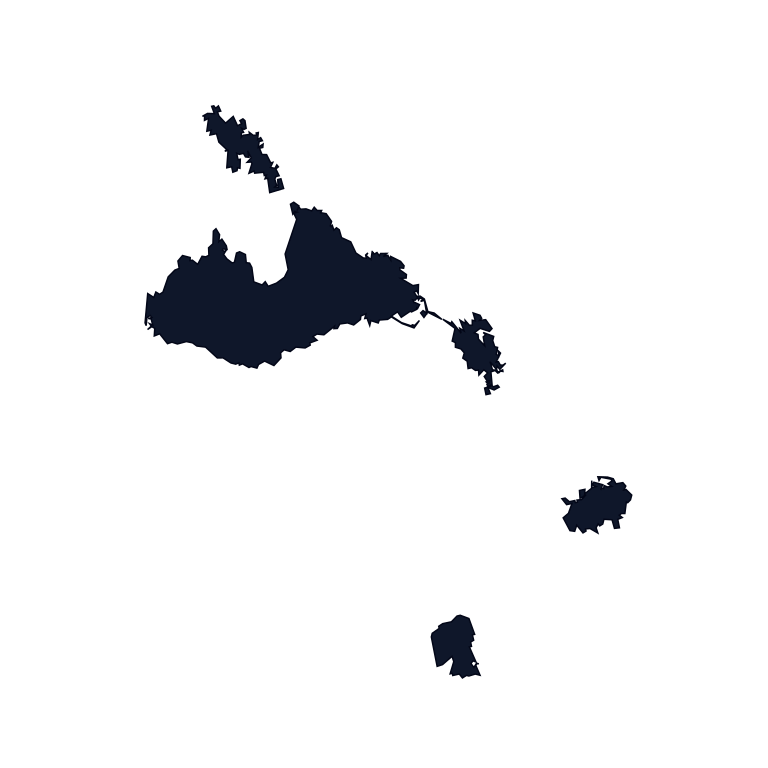 Sandøy nor, Norway, rotated 80°
{"feature_id": "86288312B66077972443640", "entity_name": "Sandøy nor", "entity_type": "district", "adm_level": 2, "iso_a3": "NOR", "parent_name": "Norway", "parent_adm1": "", "projection": "albers", "projection_center": [6.483, 62.776], "detail": "fine", "context": "isolated", "style": "filled", "palette": "ink", "viewbox_px": 768, "rotation_deg": 80, "n_neighbors": 0, "source": "geoboundaries", "source_scale": "gbopen_adm2", "svg_char_len": 6157}
<svg xmlns="http://www.w3.org/2000/svg" viewBox="0 0 768 768"><g transform="rotate(80 384 384)"><path d="M320.9,328.4L330.4,315.8L322.8,322.3L320.3,328.2L307.3,329.5L303.7,333.2L303.3,336.6L298.8,338.4L297.9,335.7L300.8,334.6L292.1,332.8L292.1,338.5L282.8,349.3L283.5,343.8L280.1,342.9L274.3,348.6L272.3,348.3L273.4,344.6L271.1,343.7L266.1,346.4L259.6,355.2L263.1,355.8L257.9,357.9L258.4,362.6L255.9,358.5L254.9,364.7L256.8,366.4L253.3,368.1L254.5,371.4L252.9,371.7L253.7,373.3L250.8,372.4L259.2,375.2L254.4,379.3L252.1,377.1L253.8,379.7L257.1,379.5L256.3,382.5L250.1,388.9L238.2,392.1L232.5,400.4L224.3,401.3L221.9,403.7L223.8,406.6L218.8,407.4L219.9,408.8L219.0,409.4L214.8,407.4L206.2,411.4L204.3,416.7L202.3,415.3L201.5,419.7L197.8,422.0L201.0,425.1L198.0,430.3L197.4,435.8L195.0,437.0L198.1,439.6L193.9,436.8L189.3,441.3L190.7,444.9L200.8,444.3L198.4,441.9L199.7,439.6L200.2,443.2L206.7,441.4L238.8,458.8L254.8,458.5L261.6,463.5L266.0,472.4L267.7,481.1L262.6,483.2L265.3,486.8L260.8,494.5L246.3,493.9L241.6,495.4L240.6,498.6L232.4,498.0L228.7,503.2L229.4,506.5L238.2,510.2L238.4,512.5L233.5,517.0L228.5,519.5L224.5,515.8L225.8,518.1L224.2,519.9L223.0,519.1L224.2,515.2L220.5,515.3L213.2,518.5L215.2,522.0L208.4,520.0L201.9,522.5L203.8,525.5L216.2,528.1L219.4,533.1L226.9,534.1L227.8,537.5L226.6,541.0L233.8,546.7L228.8,551.2L228.8,553.6L225.8,552.9L222.5,560.1L227.1,565.6L234.6,565.6L235.5,570.2L241.0,577.9L255.1,585.7L256.7,589.4L253.8,592.7L258.8,595.7L253.9,601.0L282.3,608.7L285.2,608.1L277.5,605.9L275.9,602.4L278.2,601.0L278.6,604.8L279.5,602.0L285.8,601.5L283.9,604.4L286.6,603.1L289.3,607.4L287.2,602.7L289.4,600.1L296.8,601.9L295.6,596.2L306.7,590.2L306.0,585.6L308.7,580.5L307.9,571.3L310.2,565.4L314.1,561.7L316.7,553.3L329.4,543.6L330.3,538.0L336.7,531.1L338.7,526.6L338.0,523.2L340.3,523.2L339.6,519.8L344.3,514.1L343.7,511.9L346.3,506.4L343.0,504.2L340.7,497.6L346.7,489.2L340.4,480.9L335.3,480.4L333.0,476.4L335.7,470.7L332.4,464.4L334.8,455.4L332.9,449.9L330.7,450.0L329.3,442.3L325.0,445.8L323.2,441.4L325.1,434.6L318.5,422.7L320.8,423.7L321.2,420.3L317.2,417.1L317.5,409.3L320.6,403.6L316.4,396.0L313.0,395.0L311.7,389.5L316.2,391.6L316.1,389.3L323.9,387.9L319.3,385.9L322.9,379.1L320.2,377.5L321.0,369.2L319.2,365.1L327.7,355.6L334.0,344.7L327.6,338.1L331.6,343.5L330.6,345.9L331.7,346.7L326.6,356.1L318.4,365.0L315.3,358.1L321.3,355.4L316.9,345.5L317.8,344.4L316.3,339.3L314.6,338.5L315.6,337.9L312.0,335.2L308.6,340.1L309.7,340.1L306.0,341.2L306.9,338.9L304.7,335.9L307.2,335.4L305.5,333.9L307.3,330.6L309.0,333.6L308.7,329.7L321.6,329.7L318.5,332.8L320.4,335.6L325.4,333.1L320.9,328.4ZM153.4,453.2L151.8,450.3L149.6,451.5L152.7,454.0L151.0,458.2L146.4,455.0L146.5,457.2L137.7,459.8L136.8,464.3L130.2,465.7L130.0,462.3L126.7,461.4L129.1,466.8L123.5,464.8L123.3,461.5L120.0,462.7L121.3,466.0L114.5,464.1L114.6,466.3L116.8,466.2L116.4,469.6L112.7,473.0L114.9,473.0L114.6,479.6L116.3,481.8L111.9,480.9L111.8,478.6L107.4,479.9L108.9,477.6L108.3,475.4L100.5,475.2L98.4,476.9L99.6,480.2L102.9,479.0L104.2,483.4L94.3,486.0L99.6,494.7L91.5,500.0L87.1,500.8L86.9,497.4L81.4,498.8L83.2,502.0L80.5,503.3L80.6,505.5L88.3,504.1L86.9,510.8L88.8,516.3L88.7,514.1L93.2,515.0L91.9,510.6L104.3,514.6L104.1,510.1L108.6,512.2L108.4,505.5L117.2,504.6L125.9,498.1L127.1,500.3L126.9,497.0L143.8,501.3L143.6,496.3L149.2,496.1L148.4,491.7L145.6,490.7L146.6,488.4L137.7,486.5L137.7,488.8L131.1,489.0L132.7,486.7L132.5,482.3L136.3,481.0L137.3,477.6L130.6,477.9L138.3,475.4L141.9,480.3L142.3,476.3L143.9,475.7L153.0,480.4L151.7,474.9L153.9,474.8L154.6,465.8L158.0,465.7L157.9,463.5L161.3,465.6L161.2,462.8L175.7,463.3L174.0,448.9L164.0,449.9L164.2,453.2L172.0,454.0L171.0,457.4L169.8,455.2L163.2,456.0L160.9,454.4L160.7,451.1L153.4,453.2ZM540.9,161.4L536.4,159.3L529.9,164.0L530.0,166.3L526.5,163.6L522.6,165.9L522.6,172.9L517.1,174.7L514.5,180.0L512.5,189.5L516.4,189.0L513.5,186.6L517.2,176.9L519.1,176.4L521.1,180.8L524.4,177.5L524.2,181.8L522.2,184.9L525.2,185.8L524.4,187.6L526.0,189.0L521.1,186.2L517.2,194.4L519.6,196.2L521.8,193.0L522.2,197.2L515.2,196.2L522.8,197.7L527.0,205.4L522.6,204.4L522.8,210.0L530.6,210.8L528.1,204.2L532.2,209.6L531.8,214.1L534.0,214.0L534.1,216.2L531.9,216.3L532.1,221.9L527.8,225.4L527.9,228.7L534.5,225.1L534.3,219.6L543.4,224.8L546.9,230.8L560.7,226.3L562.2,221.8L556.5,218.7L565.2,213.9L563.9,210.6L561.7,210.7L562.1,206.2L567.9,199.3L562.4,200.1L559.0,197.4L561.2,196.2L559.9,192.9L555.4,190.9L557.3,183.0L566.2,182.1L566.5,177.1L557.9,177.3L556.9,172.5L554.0,175.1L552.8,172.7L553.4,169.3L542.2,165.8L543.2,164.6L540.9,161.4ZM646.3,338.2L629.7,341.1L625.0,349.1L625.2,352.4L629.9,358.9L630.2,367.8L632.1,372.2L634.3,372.1L637.9,379.8L641.3,381.3L671.3,380.7L670.5,375.1L664.0,364.3L669.5,363.5L680.9,369.2L680.8,367.0L683.0,366.9L682.7,360.2L687.1,357.8L685.3,353.4L686.3,351.1L685.5,344.5L687.5,340.0L677.0,342.5L675.5,340.9L676.1,339.2L675.0,341.3L678.7,344.7L674.4,346.9L672.1,344.5L673.7,341.7L657.7,345.6L657.6,343.4L653.2,343.5L651.9,340.2L646.4,340.5L646.3,338.2ZM389.7,267.4L384.6,260.5L386.1,263.5L385.5,266.2L381.8,267.5L381.8,269.7L373.8,263.9L371.4,265.6L376.4,266.1L374.2,268.3L367.7,265.8L366.5,268.5L360.1,269.4L356.2,267.7L350.5,277.3L353.3,275.4L354.8,278.1L363.8,278.2L356.2,283.2L351.5,282.8L349.3,286.3L345.9,279.7L350.5,271.0L348.2,268.0L338.3,272.7L338.0,278.9L336.3,276.4L333.0,277.5L329.5,283.9L337.7,283.1L336.5,286.0L341.4,286.8L341.0,289.7L335.5,293.0L338.7,293.2L334.4,298.0L345.7,295.9L342.3,299.7L347.6,299.1L334.4,306.4L336.0,307.5L330.4,314.9L341.6,304.4L353.6,309.4L355.6,306.5L360.2,307.3L362.8,302.2L367.3,299.5L372.2,301.9L376.0,298.1L383.4,298.5L383.2,294.9L386.5,291.6L386.7,288.5L391.7,289.0L387.3,283.2L391.1,280.0L394.0,284.0L398.7,282.0L399.1,278.5L399.7,283.0L401.2,281.9L400.9,279.4L402.2,282.7L404.3,282.1L403.4,278.9L404.6,278.3L405.5,285.6L412.2,285.4L412.0,280.9L405.4,282.3L409.0,276.6L407.1,271.1L405.0,272.3L405.7,276.7L404.7,277.8L390.6,276.6L390.0,272.2L393.0,270.1L392.7,268.6L391.5,267.2L392.3,264.7L390.7,264.7L392.1,270.2L390.1,270.3L388.9,274.7L380.4,275.7L389.3,270.7L386.0,269.5L389.7,267.4Z" fill="#0f172a" stroke="#020617" stroke-width="1.5"/></g></svg>